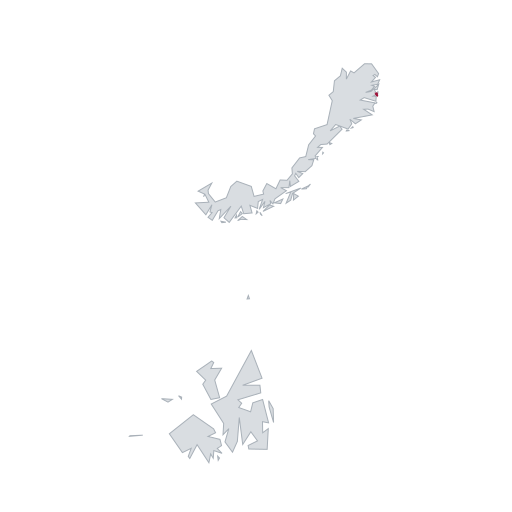 location of Askøy nor, Hordaland, Norway, rotated 192°
{"feature_id": "86288312B29517582925264", "entity_name": "Askøy nor", "entity_type": "district", "adm_level": 2, "iso_a3": "NOR", "parent_name": "Norway", "parent_adm1": "Hordaland", "projection": "mercator", "projection_center": [5.11, 60.485], "detail": "fine", "context": "in_parent", "style": "filled", "palette": "rose", "viewbox_px": 512, "rotation_deg": 192, "n_neighbors": 0, "source": "geoboundaries", "source_scale": "gbopen_adm2", "svg_char_len": 4715}
<svg xmlns="http://www.w3.org/2000/svg" viewBox="0 0 512 512"><g transform="rotate(192 256 256)"><path d="M270.3,313.9L261.4,318.1L262.8,321.0L260.5,329.1L250.5,325.9L248.2,335.4L241.4,336.5L237.5,343.9L239.2,349.6L233.7,361.0L228.0,363.6L227.6,375.7L222.7,385.8L225.2,387.5L225.2,392.6L213.8,399.3L213.7,423.8L218.1,428.4L214.6,432.8L215.7,443.7L210.9,449.8L210.7,457.6L205.8,454.6L204.4,447.8L201.9,456.7L198.2,455.5L189.8,466.6L182.9,468.0L174.0,459.9L174.5,456.6L177.5,458.3L179.0,456.8L176.2,455.6L179.3,450.2L171.7,454.1L172.7,449.2L178.2,447.1L175.3,446.6L177.7,442.2L182.8,438.8L177.8,440.8L171.7,449.3L172.1,443.9L175.0,443.5L171.7,439.6L174.8,436.6L171.6,437.3L170.9,432.3L183.1,433.4L186.5,430.2L171.5,430.5L172.9,426.8L170.5,421.8L177.0,423.0L181.2,421.9L171.7,418.2L189.4,410.8L181.3,411.0L186.3,406.0L192.6,409.3L189.8,405.2L192.3,399.3L205.4,401.2L209.5,393.8L201.1,400.5L198.2,397.9L209.7,380.3L215.8,378.5L218.3,375.1L213.6,376.0L219.0,366.2L217.5,364.0L225.0,361.1L219.5,362.1L220.1,356.0L225.4,348.7L233.3,347.4L227.4,346.3L230.5,341.6L234.3,345.1L234.9,342.4L229.6,337.9L236.8,331.2L238.6,336.7L238.0,329.7L246.1,328.0L239.8,326.2L249.3,315.9L250.3,310.5L253.9,313.2L252.4,310.2L258.8,304.8L258.6,311.3L262.6,302.3L261.3,312.7L265.1,309.7L264.4,302.9L272.5,304.3L268.8,297.3L276.8,294.8L280.8,301.7L289.2,283.3L295.3,286.8L290.9,299.5L299.7,285.0L300.1,294.1L302.6,292.3L306.2,281.8L311.0,283.9L308.0,289.3L310.2,289.5L309.8,297.0L313.6,285.9L326.3,295.3L313.3,298.8L318.8,305.8L326.1,307.4L314.4,318.1L316.6,310.5L315.5,307.1L307.1,300.3L297.1,306.8L295.1,318.7L290.3,325.2L275.1,323.1L270.3,313.9ZM238.2,59.2L247.7,67.7L246.7,81.5L251.1,74.3L252.8,85.5L269.0,101.9L255.6,112.8L240.9,162.6L224.7,137.7L242.2,126.8L225.3,130.4L222.9,123.1L243.8,111.6L239.4,109.0L241.4,104.2L228.9,102.5L228.6,111.7L219.7,117.0L209.0,95.4L215.2,95.3L212.7,84.5L208.1,89.7L204.9,69.2L222.9,65.7L224.3,69.0L216.1,75.5L224.5,83.0L229.8,68.9L238.8,94.6L235.7,70.8L238.2,59.2ZM259.1,44.0L274.4,59.2L278.7,44.2L280.6,45.9L279.4,54.4L287.1,48.4L303.8,64.1L284.3,87.7L261.5,78.1L258.8,74.7L265.4,69.5L253.1,69.1L250.3,63.4L253.9,59.7L248.2,55.9L256.8,56.9L255.8,49.3L259.2,53.0L259.1,44.0ZM270.3,106.3L281.4,119.5L279.4,124.1L290.1,130.8L277.5,144.1L275.2,143.0L276.8,136.5L266.3,139.1L270.6,126.1L262.1,109.8L270.3,106.3ZM235.3,325.8L240.0,323.2L226.3,331.8L233.2,324.9L233.7,317.8L237.5,313.9L235.3,325.8ZM242.8,312.4L249.2,311.8L241.6,317.3L242.8,312.4ZM249.1,308.3L258.4,301.1L253.4,308.7L249.1,308.3ZM204.2,96.8L211.8,111.1L213.5,117.1L207.5,110.3L204.2,96.8ZM231.0,318.5L232.1,324.9L227.0,323.3L231.0,318.5ZM281.3,286.8L277.6,291.8L272.7,289.7L278.5,288.7L281.3,286.8ZM281.9,290.4L280.3,296.2L278.2,294.6L281.9,290.4ZM220.6,332.3L225.5,330.9L220.2,334.9L220.6,332.3ZM341.9,54.0L329.5,57.2L342.3,53.3L341.9,54.0ZM311.7,94.8L318.8,96.8L308.0,98.4L311.7,94.8ZM292.5,282.8L296.3,281.5L297.5,282.7L292.5,282.8ZM284.4,288.9L283.6,292.0L282.6,289.4L284.4,288.9ZM264.6,297.3L264.6,300.4L263.1,299.3L264.6,297.3ZM255.8,212.1L255.3,215.8L253.5,212.8L255.8,212.1ZM302.7,103.2L299.4,102.5L299.1,100.5L302.7,103.2ZM206.9,380.3L207.9,382.2L205.3,381.8L206.9,380.3ZM258.3,296.7L260.2,297.8L261.2,299.6L258.3,296.7ZM250.5,48.3L251.9,52.3L249.7,50.8L250.5,48.3ZM193.6,397.9L190.6,398.1L193.7,397.0L193.6,397.9ZM189.3,401.0L188.2,402.6L187.7,401.8L189.3,401.0ZM219.4,335.5L217.7,337.7L219.5,334.0L219.4,335.5ZM171.2,440.3L170.9,442.6L170.6,439.6L171.2,440.3ZM216.2,364.4L215.6,362.8L216.5,362.9L216.2,364.4ZM319.6,303.0L319.2,305.4L319.1,305.0L319.6,303.0ZM217.1,366.0L215.4,366.4L217.5,365.6L217.1,366.0ZM212.1,369.8L212.2,371.4L211.4,370.9L212.1,369.8ZM170.4,430.3L169.7,431.8L169.8,430.6L170.4,430.3Z" fill="#d9dde1" stroke="#a8b0b8" stroke-width="1"/><path d="M170.7,438.2L170.7,438.3L170.8,438.4L170.8,438.5L171.0,438.8L171.0,438.7L171.0,438.8L171.1,439.0L171.3,439.0L171.3,438.9L171.3,439.0L171.3,438.9L171.3,439.0L171.4,438.9L171.4,439.0L171.3,439.3L171.5,439.3L171.4,439.4L171.4,439.5L171.5,439.5L171.8,439.6L171.8,439.8L171.7,439.8L171.8,440.0L171.7,440.0L171.8,440.0L171.9,440.3L172.0,440.2L171.9,440.2L172.0,440.2L172.3,440.1L172.3,439.9L172.3,439.7L172.2,439.6L172.3,439.6L172.2,439.5L172.3,439.5L172.3,439.4L172.2,439.4L172.2,439.2L172.0,438.9L171.9,438.9L171.8,439.0L171.8,438.9L171.7,438.9L171.5,438.7L171.4,438.6L171.5,438.7L171.4,438.7L171.5,438.7L171.4,438.7L171.4,438.8L171.3,438.7L171.2,438.6L171.1,438.8L171.0,438.7L170.8,438.4L170.7,438.3L170.7,438.2L170.7,438.2ZM170.6,437.9L170.6,438.0L170.8,438.0L170.7,437.9L170.6,437.9ZM171.4,439.5L171.5,439.6L171.4,439.5ZM171.3,439.1L171.2,439.1L171.3,439.1L171.2,439.2L171.3,439.3L171.3,439.2L171.3,439.1Z" fill="#f43f5e" stroke="#9f1239" stroke-width="1.5"/></g></svg>